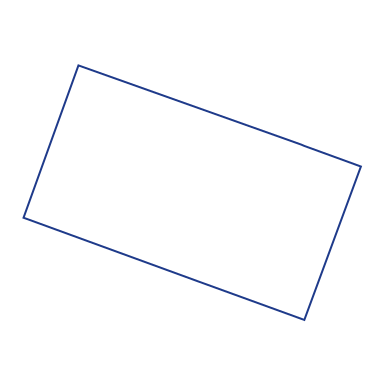 the district of Jerauld, South Dakota, United States of America, rotated 200°
{"feature_id": "52423323B74186214506523", "entity_name": "Jerauld", "entity_type": "district", "adm_level": 2, "iso_a3": "USA", "parent_name": "United States of America", "parent_adm1": "South Dakota", "projection": "robinson", "projection_center": [-98.691, 44.066], "detail": "fine", "context": "isolated", "style": "outline", "palette": "blue", "viewbox_px": 384, "rotation_deg": 200, "n_neighbors": 0, "source": "geoboundaries", "source_scale": "gbopen_adm2", "svg_char_len": 260}
<svg xmlns="http://www.w3.org/2000/svg" viewBox="0 0 384 384"><g transform="rotate(200 192 192)"><path d="M156.1,110.1L42.7,110.2L42.0,273.7L102.1,273.7L105.5,273.9L342.0,272.1L341.5,110.2L156.1,110.1Z" fill="none" stroke="#1e3a8a" stroke-width="2"/></g></svg>